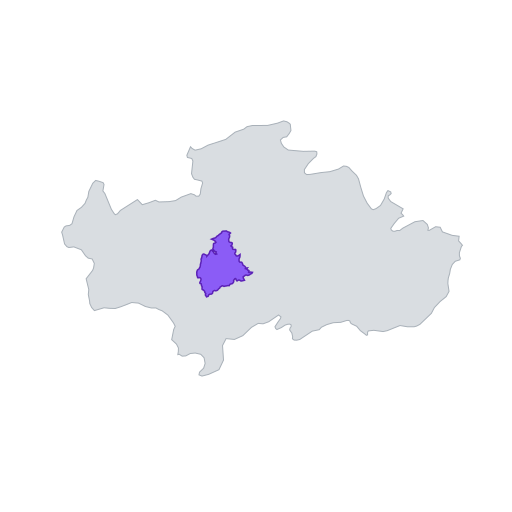 Pomoravski highlighted on a map of Republic of Serbia, rotated 130°
{"feature_id": "SRB-832", "entity_name": "Pomoravski", "entity_type": "District", "adm_level": 1, "iso_a3": "SRB", "parent_name": "Republic of Serbia", "parent_adm1": "", "projection": "robinson", "projection_center": [21.332, 43.988], "detail": "fine", "context": "in_parent", "style": "filled", "palette": "violet", "viewbox_px": 512, "rotation_deg": 130, "n_neighbors": 0, "source": "natural_earth", "source_scale": "10m", "svg_char_len": 8893}
<svg xmlns="http://www.w3.org/2000/svg" viewBox="0 0 512 512"><g transform="rotate(130 256 256)"><path d="M286.7,200.8L298.2,204.0L303.4,207.0L306.2,211.0L313.5,213.6L325.5,214.9L333.8,218.9L338.5,225.8L346.1,224.1L356.6,214.0L366.9,211.3L377.1,216.2L382.7,220.2L383.7,223.3L381.3,224.6L375.6,224.0L371.0,225.9L367.3,230.4L366.8,235.1L369.4,240.2L373.0,243.7L377.7,245.6L380.2,248.2L380.6,251.6L381.8,252.5L379.1,254.1L376.3,256.3L374.6,260.3L374.3,266.8L365.2,271.8L361.8,272.7L360.3,276.1L357.9,285.5L358.3,292.6L359.5,296.2L360.1,299.2L363.1,302.8L365.8,308.3L367.6,315.7L371.5,321.3L381.7,326.9L386.7,330.1L390.4,334.8L393.3,339.1L401.7,344.7L401.1,348.8L399.3,352.7L397.4,354.6L393.3,359.7L389.2,362.5L382.6,371.5L372.1,371.9L369.6,372.7L365.6,375.1L363.6,379.6L365.5,383.2L365.4,386.8L363.5,393.8L366.1,401.4L369.8,404.8L370.4,406.8L369.8,410.4L364.3,417.6L362.6,420.2L357.1,421.5L355.1,420.9L352.3,418.4L349.6,417.7L343.0,420.6L336.2,422.4L330.9,421.0L325.6,420.8L322.0,422.0L319.2,422.5L313.9,425.6L305.2,427.8L301.2,427.4L299.7,424.4L298.1,420.3L298.9,418.4L304.6,415.1L305.3,411.9L313.2,396.8L314.7,391.9L314.8,390.3L312.7,389.2L308.3,389.2L289.0,383.1L289.8,376.1L284.1,372.3L278.0,368.9L277.0,365.1L270.2,357.5L265.2,353.2L258.9,351.1L253.4,347.9L250.1,346.0L248.7,342.5L248.7,340.4L247.0,338.3L244.4,338.5L239.9,341.4L234.4,343.8L233.4,345.6L235.4,349.8L236.8,352.5L236.2,355.0L234.4,358.3L223.8,365.4L222.6,367.9L224.6,371.9L223.3,373.7L214.4,376.4L214.7,374.2L214.1,370.7L209.1,366.9L201.9,364.0L186.1,354.1L180.0,352.8L174.5,351.6L166.7,346.9L162.7,346.0L158.3,342.6L148.6,331.1L140.4,324.9L134.8,321.7L133.3,318.6L132.9,315.5L133.1,314.4L137.4,309.9L140.7,309.3L145.0,309.1L147.7,311.4L151.4,311.9L153.4,309.0L154.6,304.8L154.1,299.4L145.4,287.0L137.9,278.4L137.1,276.5L138.7,274.9L141.4,274.0L144.2,274.7L151.6,275.3L158.7,274.5L161.1,272.4L161.1,269.6L158.6,266.9L150.3,259.8L143.9,253.6L136.4,248.7L130.8,246.8L129.2,244.4L128.5,241.8L129.2,237.0L129.6,230.9L131.0,227.1L136.1,219.8L141.0,212.2L144.1,204.8L145.7,198.0L145.2,196.0L142.6,194.5L137.3,193.1L129.9,194.4L123.6,196.8L121.1,197.0L120.3,194.0L121.3,192.6L123.3,192.8L124.9,193.4L126.7,192.0L127.7,187.8L125.3,173.6L130.0,172.4L130.1,170.3L130.5,168.5L135.4,171.0L142.2,171.0L148.2,170.5L149.1,169.1L149.0,167.1L147.8,165.5L145.7,164.3L144.2,162.3L140.2,161.4L127.6,156.3L121.5,150.9L121.7,145.1L123.6,142.0L125.8,140.9L125.1,139.8L118.1,137.2L115.6,133.4L117.7,128.7L114.1,119.0L110.3,113.1L114.2,110.5L114.7,106.8L115.1,104.7L116.6,104.8L122.8,102.3L125.1,100.3L126.4,98.0L127.9,97.4L132.0,100.0L136.3,100.2L141.2,98.6L144.9,96.4L149.3,94.5L151.3,93.2L153.8,91.3L159.0,85.4L164.8,84.2L172.5,85.7L180.9,86.2L187.2,84.8L203.0,86.5L206.4,87.9L208.6,89.4L212.8,94.4L216.7,101.0L222.3,104.0L228.9,107.5L232.2,110.1L237.2,118.0L241.2,121.8L242.5,121.6L243.8,120.6L244.7,119.8L245.8,120.5L245.8,122.9L246.1,128.1L245.1,133.7L246.5,139.0L246.5,140.7L245.5,142.2L245.7,143.5L247.0,145.0L252.4,148.5L257.4,153.9L263.1,157.7L268.5,160.1L271.8,160.2L277.4,164.6L288.3,167.8L291.8,168.8L294.2,170.6L295.9,172.7L296.0,174.9L294.3,176.0L292.0,179.0L291.0,182.7L289.3,183.6L287.5,183.7L286.2,184.8L286.5,186.4L288.0,187.9L290.3,189.3L294.6,190.6L298.9,192.7L298.9,194.3L298.0,196.0L292.5,196.7L288.5,197.0L286.6,197.7L286.7,200.8Z" fill="#d9dde1" stroke="#a8b0b8" stroke-width="1"/><path d="M258.2,297.3L257.2,296.2L256.9,295.8L256.7,295.6L256.2,295.2L255.9,294.9L255.8,294.6L255.8,294.4L255.8,293.7L255.7,293.2L255.3,292.6L255.2,292.3L254.8,291.2L254.8,290.3L255.7,290.4L256.0,290.4L256.6,290.6L256.9,290.5L257.0,290.4L257.1,290.2L257.2,289.7L257.4,289.4L257.5,289.1L257.8,288.9L258.2,288.7L258.8,288.3L259.2,288.2L259.8,288.1L260.0,288.0L260.7,287.7L261.1,287.4L261.8,286.6L262.3,286.2L262.4,285.9L262.4,285.7L262.4,285.2L262.3,284.8L261.9,284.1L261.6,283.8L261.5,283.5L261.3,282.9L261.3,282.7L261.5,282.4L261.8,282.1L262.5,281.8L262.9,281.5L263.1,281.5L263.3,281.5L263.7,281.5L264.4,281.7L264.5,281.2L264.5,280.8L264.5,280.6L264.2,279.7L264.3,279.4L265.0,279.1L265.4,278.8L265.5,278.7L265.7,278.4L265.7,278.2L265.6,277.8L265.2,277.3L265.0,276.8L264.3,276.2L264.2,276.0L264.2,275.9L264.2,275.7L264.3,275.4L264.4,275.2L264.6,275.1L265.1,274.9L265.7,274.3L265.8,274.2L266.1,274.1L267.1,274.1L267.3,274.1L267.6,274.0L267.8,273.8L268.1,273.4L268.1,273.0L268.1,272.6L268.1,272.4L268.5,271.7L268.6,271.2L268.4,270.8L267.6,269.9L267.4,269.8L267.1,269.7L265.1,269.2L266.1,268.4L267.1,267.7L267.7,267.5L268.4,267.3L269.1,267.1L269.5,266.8L269.7,266.7L270.0,266.3L270.7,265.8L270.8,265.7L271.0,265.2L271.1,264.4L270.2,263.3L270.1,263.2L270.0,262.8L270.0,262.6L270.1,262.4L270.4,261.8L270.4,261.7L271.4,259.9L271.2,259.2L271.1,258.1L271.2,257.1L271.5,256.4L272.2,256.2L270.8,255.0L272.2,255.0L272.1,254.7L271.7,254.3L272.0,253.6L272.2,253.2L271.7,252.6L271.7,252.0L273.2,251.4L273.2,250.7L272.1,250.3L270.8,248.2L271.7,248.0L272.1,248.0L272.3,248.1L272.6,248.2L273.2,248.6L273.6,248.7L274.3,248.8L274.7,248.9L275.4,249.3L276.2,249.8L276.3,249.9L276.4,250.1L276.6,250.8L276.7,251.0L277.0,251.4L277.4,251.7L277.7,251.9L278.6,252.0L279.0,252.1L279.7,252.4L279.9,252.5L280.1,252.5L280.3,252.4L280.8,251.8L281.0,251.5L281.2,251.3L281.4,250.6L281.7,249.9L282.0,249.2L283.6,250.4L284.3,250.9L284.5,251.1L284.8,251.5L284.9,251.8L285.0,252.0L284.9,252.6L285.0,252.8L285.0,253.0L285.4,253.5L285.7,253.9L285.8,254.0L286.1,254.2L287.0,254.3L287.2,254.5L287.3,254.6L287.4,254.9L287.3,255.1L287.1,255.6L286.9,256.1L286.7,256.3L286.4,256.8L286.4,257.1L286.5,257.3L286.8,257.5L287.2,257.6L288.0,257.5L289.1,257.5L289.3,257.3L289.5,257.0L289.6,256.9L289.8,256.7L290.1,256.5L290.6,256.4L292.0,256.3L292.3,256.4L292.8,256.6L293.4,257.2L293.6,257.3L294.2,257.7L294.5,257.7L294.9,257.7L295.4,257.6L295.8,257.4L296.2,257.8L296.6,258.4L297.6,259.2L298.4,259.8L298.9,260.4L299.1,260.5L299.5,260.7L299.8,260.9L299.9,261.0L300.0,261.7L300.3,262.2L300.3,262.5L300.5,262.8L300.8,262.9L301.1,263.0L301.7,263.1L302.4,263.4L302.8,263.5L303.1,263.5L303.5,263.3L304.0,263.2L304.3,263.3L305.1,263.5L305.3,263.5L305.7,263.5L306.3,263.5L306.5,263.5L306.8,263.5L307.2,263.6L307.7,263.9L308.5,264.4L308.7,264.7L308.9,265.4L309.1,265.6L309.4,265.8L310.0,266.0L310.3,266.1L310.6,266.2L311.2,266.1L311.6,265.9L312.1,265.5L312.4,265.4L312.6,265.4L313.4,265.5L313.7,265.6L313.8,265.7L314.0,265.8L314.8,266.7L315.2,266.9L315.6,267.1L316.0,267.2L316.3,267.2L317.3,266.8L317.6,266.8L317.8,266.8L318.5,267.3L319.1,267.6L318.7,268.8L318.6,269.2L318.6,269.4L318.5,269.6L318.2,269.9L318.0,270.0L317.2,270.2L317.1,270.4L317.0,270.6L316.9,271.6L316.8,271.8L316.2,272.4L316.1,272.5L316.0,273.1L315.9,274.1L315.8,274.3L315.8,274.5L316.1,275.0L316.2,275.4L316.2,275.7L316.1,276.0L315.8,276.3L315.0,276.8L314.7,277.2L314.2,277.5L314.0,277.9L313.9,278.3L313.9,278.5L313.4,279.1L312.6,279.9L312.5,280.0L312.6,280.4L312.9,280.9L313.0,281.0L313.0,281.3L312.9,281.5L312.5,281.9L312.2,282.1L311.5,282.2L311.2,282.2L309.8,282.8L309.2,283.1L308.9,283.5L308.7,283.9L308.6,284.2L308.6,284.6L308.6,284.9L308.7,285.1L308.8,285.3L309.7,286.1L310.0,286.4L310.1,286.6L310.1,286.8L309.9,287.1L309.5,287.4L309.4,287.5L309.2,287.8L309.2,288.3L309.1,288.5L308.1,289.6L307.3,290.2L307.1,290.5L306.1,291.2L305.3,291.5L304.8,291.7L304.5,291.8L304.3,291.8L303.9,291.7L303.7,291.7L303.1,291.5L302.9,291.4L302.4,291.4L302.0,291.4L301.4,291.7L301.2,291.7L300.2,291.8L299.7,292.2L299.5,292.3L299.0,292.5L298.8,292.7L298.2,293.2L297.9,293.4L297.3,293.5L296.5,294.0L295.6,294.4L295.1,294.7L294.3,295.4L294.0,295.8L293.7,296.1L293.4,296.2L293.1,296.2L292.8,296.2L292.3,296.6L291.7,296.8L291.1,297.1L290.9,297.2L290.4,297.6L290.2,297.6L289.6,297.8L288.5,297.7L288.0,297.2L287.2,294.1L287.8,293.5L286.1,293.5L285.4,293.4L284.9,293.4L283.9,293.6L282.6,294.1L281.3,294.4L281.1,294.4L280.8,294.3L280.3,294.1L280.0,293.9L279.8,293.8L279.7,293.5L279.7,293.4L279.8,293.1L280.1,292.8L280.2,292.5L280.2,292.1L280.1,291.8L280.1,291.6L280.2,291.4L280.7,290.4L280.7,290.2L280.7,289.8L280.6,289.2L280.7,288.9L280.9,288.5L280.9,288.4L280.8,288.2L280.7,288.0L280.6,287.9L279.7,287.4L279.6,288.4L279.5,288.6L279.4,288.7L278.4,289.1L278.8,290.2L278.8,290.4L278.9,290.9L278.9,291.4L278.8,291.8L278.5,292.5L278.4,293.3L278.3,293.5L278.2,293.7L278.0,293.8L277.6,294.0L276.8,294.2L276.5,294.4L276.1,294.8L275.8,295.1L274.8,295.8L274.2,296.3L273.8,296.4L273.6,296.4L273.3,296.3L273.1,296.2L272.6,295.8L272.2,295.6L271.5,295.5L271.2,295.5L271.1,295.8L271.1,296.0L271.1,296.4L271.1,296.6L270.9,296.9L270.8,297.2L270.9,297.6L270.9,298.1L271.0,298.5L271.0,298.8L271.2,299.3L271.7,300.9L269.9,300.0L269.6,299.8L269.2,299.4L268.4,299.0L268.0,298.7L267.8,298.6L267.5,298.6L266.6,298.7L265.8,298.6L265.5,298.5L264.9,298.2L264.7,298.1L264.3,298.1L263.2,298.0L262.7,297.9L262.2,297.7L261.1,297.5L260.7,297.3L260.2,297.3L259.9,297.5L259.6,297.6L259.4,297.7L258.8,297.6L258.4,297.4L258.2,297.3Z" fill="#8b5cf6" stroke="#5b21b6" stroke-width="1.5"/></g></svg>